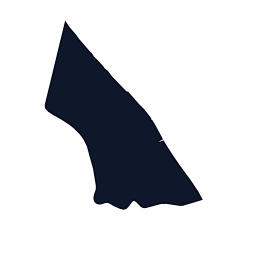 Zinjibar, Abyan, Yemen, rotated 288°
{"feature_id": "15242507B56433335269136", "entity_name": "Zinjibar", "entity_type": "district", "adm_level": 2, "iso_a3": "YEM", "parent_name": "Yemen", "parent_adm1": "Abyan", "projection": "natural_earth1", "projection_center": [45.421, 13.143], "detail": "fine", "context": "isolated", "style": "filled", "palette": "ink", "viewbox_px": 256, "rotation_deg": 288, "n_neighbors": 0, "source": "geoboundaries", "source_scale": "gbopen_adm2", "svg_char_len": 1669}
<svg xmlns="http://www.w3.org/2000/svg" viewBox="0 0 256 256"><g transform="rotate(288 128 128)"><path d="M209.1,35.9L200.5,36.6L198.0,36.8L195.9,36.9L192.6,37.2L190.3,37.3L156.0,40.0L124.3,42.4L121.7,43.5L119.5,47.3L117.9,53.2L116.3,61.5L113.7,71.2L111.8,76.4L107.6,84.6L104.1,89.5L98.4,95.1L90.4,100.3L79.0,107.9L63.3,116.0L60.8,116.8L58.9,117.1L55.1,117.0L51.8,117.2L49.1,118.3L47.7,119.7L46.9,121.5L46.9,123.5L47.5,125.3L48.6,127.0L50.3,129.3L51.2,131.3L51.1,134.2L50.0,138.9L49.4,144.9L49.6,148.7L50.9,150.8L53.4,152.1L57.6,153.6L59.7,154.3L60.9,155.1L61.3,156.2L61.2,157.5L60.6,159.2L59.2,162.0L57.7,164.7L57.5,165.9L57.3,167.0L57.6,168.4L58.8,170.6L66.6,182.5L68.5,187.9L69.3,193.0L70.7,201.2L71.6,203.7L71.7,203.9L74.9,208.5L77.7,212.7L78.1,213.3L80.1,216.1L82.9,220.1L88.7,214.1L89.6,213.0L90.4,211.8L95.4,205.6L95.5,205.3L96.1,204.7L96.3,204.4L99.6,200.0L99.7,199.6L100.3,198.9L102.2,196.3L102.4,196.0L105.0,192.5L105.9,191.1L106.3,190.7L108.5,187.5L108.9,187.2L109.6,186.2L113.4,181.2L117.2,176.4L118.0,175.5L118.3,175.0L119.4,173.8L121.5,171.1L121.9,170.9L122.5,169.9L123.0,169.5L124.3,167.9L126.3,165.6L124.9,163.8L123.5,161.1L123.3,160.4L123.6,160.3L124.4,160.5L125.2,160.8L126.3,161.8L126.8,162.5L127.8,163.7L128.8,163.0L129.8,161.9L136.8,154.6L140.3,150.8L142.5,148.1L142.7,147.2L142.6,146.8L143.0,146.6L143.5,146.5L143.9,146.2L144.2,146.1L144.6,145.6L146.5,142.7L150.5,136.7L151.2,135.2L153.8,130.2L161.7,117.0L161.8,114.6L171.5,96.5L175.4,90.9L176.7,87.3L178.7,84.6L180.6,81.2L182.7,77.3L184.8,73.1L187.1,70.4L188.5,67.5L191.8,62.1L195.6,55.8L197.3,53.0L199.8,49.8L205.3,40.7L209.1,35.9Z" fill="#0f172a" stroke="#020617" stroke-width="1.5"/></g></svg>